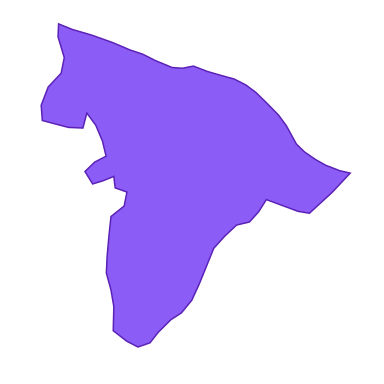 outline of Olinda, Pernambuco, Brazil, rotated 274°
{"feature_id": "56859067B62433131631908", "entity_name": "Olinda", "entity_type": "district", "adm_level": 2, "iso_a3": "BRA", "parent_name": "Brazil", "parent_adm1": "Pernambuco", "projection": "orthographic", "projection_center": [-34.866, -7.998], "detail": "fine", "context": "isolated", "style": "filled", "palette": "violet", "viewbox_px": 384, "rotation_deg": 274, "n_neighbors": 0, "source": "geoboundaries", "source_scale": "gbopen_adm2", "svg_char_len": 1006}
<svg xmlns="http://www.w3.org/2000/svg" viewBox="0 0 384 384"><g transform="rotate(274 192 192)"><path d="M350.4,47.2L337.5,47.5L317.2,55.2L301.4,53.2L286.7,41.2L268.0,35.5L252.9,37.7L250.7,49.0L247.8,64.3L248.2,78.7L263.4,81.6L251.8,91.4L236.6,99.1L221.7,103.8L215.1,92.9L205.0,83.8L193.1,92.3L197.0,102.5L202.1,112.9L190.7,115.1L187.4,127.1L173.3,125.3L161.9,112.9L142.3,112.2L122.1,111.8L105.2,112.2L88.7,118.0L72.2,122.0L48.1,123.1L38.6,137.3L33.6,148.9L38.6,160.6L49.8,168.2L63.2,179.9L70.7,189.9L84.1,199.4L100.6,205.6L116.4,210.8L137.3,217.6L150.3,227.8L162.1,238.7L166.1,251.4L176.8,259.8L189.6,266.7L184.1,285.5L180.1,299.1L179.0,310.6L201.7,332.1L221.9,348.5L223.6,337.7L228.0,323.5L233.1,312.8L239.9,301.3L247.1,292.8L264.7,281.5L274.8,272.9L284.5,262.0L295.7,248.9L302.5,238.3L307.6,226.3L310.4,212.5L313.3,199.0L317.7,184.6L314.8,173.9L314.8,163.5L320.5,146.4L326.0,133.3L329.5,119.8L335.3,103.1L341.4,81.4L345.8,61.2L350.4,47.2Z" fill="#8b5cf6" stroke="#5b21b6" stroke-width="1.5"/></g></svg>